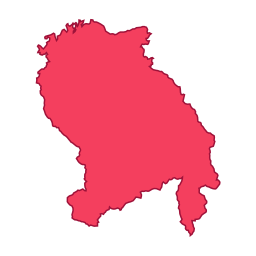 the district of Itapetininga, São Paulo, Brazil, rotated 88°
{"feature_id": "56859067B64120734896846", "entity_name": "Itapetininga", "entity_type": "district", "adm_level": 2, "iso_a3": "BRA", "parent_name": "Brazil", "parent_adm1": "São Paulo", "projection": "albers", "projection_center": [-48.114, -23.635], "detail": "fine", "context": "isolated", "style": "filled", "palette": "rose", "viewbox_px": 256, "rotation_deg": 88, "n_neighbors": 0, "source": "geoboundaries", "source_scale": "gbopen_adm2", "svg_char_len": 5790}
<svg xmlns="http://www.w3.org/2000/svg" viewBox="0 0 256 256"><g transform="rotate(88 128 128)"><path d="M237.6,69.5L236.1,67.5L234.8,67.0L233.4,65.8L230.8,65.3L228.7,66.2L227.1,66.3L225.6,66.9L222.8,67.3L223.1,64.1L221.7,64.1L221.5,61.2L221.0,59.7L217.5,57.2L215.9,54.9L214.9,53.1L213.7,52.6L212.2,52.8L211.1,53.8L207.9,54.5L205.6,52.0L203.9,51.9L202.7,52.8L201.7,53.4L198.4,54.3L197.3,56.5L195.3,59.0L194.2,59.1L192.3,58.9L190.7,59.2L190.5,58.1L189.5,57.2L189.1,56.2L188.8,54.5L187.8,52.6L189.1,51.2L189.8,49.0L190.7,47.4L191.5,45.4L191.8,44.1L191.9,42.5L190.7,41.2L187.2,38.4L185.3,38.1L184.0,38.9L182.9,40.1L183.0,41.4L178.5,39.8L177.1,40.4L175.0,43.1L173.3,43.4L172.0,43.5L169.2,44.9L168.0,46.2L166.7,46.7L163.8,46.4L162.3,47.2L160.8,47.4L157.9,47.2L156.7,47.5L155.3,46.7L153.4,46.8L151.7,47.4L150.2,46.8L149.2,43.4L147.7,42.8L144.4,41.7L143.4,42.4L140.2,42.0L138.8,42.2L137.2,44.7L136.0,45.8L135.8,47.7L134.8,49.4L133.1,50.5L132.0,51.5L129.4,53.0L127.8,54.6L125.6,54.9L124.8,55.9L124.6,57.1L123.7,58.0L119.7,58.1L117.8,58.6L115.7,60.2L114.1,59.9L111.9,60.9L111.2,62.5L109.7,63.9L108.4,64.6L106.2,65.3L106.3,67.9L105.6,70.1L103.2,72.1L96.7,70.4L96.2,71.5L96.7,72.6L96.3,73.7L94.2,74.3L90.7,74.4L88.7,74.7L88.5,76.6L86.2,79.4L84.0,80.8L82.4,81.2L80.8,82.3L79.5,85.3L78.3,86.5L77.0,86.4L76.1,87.2L75.3,89.5L74.5,90.7L73.6,91.4L72.7,92.4L72.7,93.8L71.7,96.3L71.4,97.9L70.6,100.8L69.3,102.4L67.2,104.4L66.7,102.7L65.3,102.6L65.2,101.3L63.8,101.1L62.6,102.0L59.8,101.7L59.3,100.3L58.5,101.1L58.7,102.5L59.6,104.0L59.9,105.9L58.3,106.3L57.2,107.9L57.6,109.2L56.5,110.1L54.0,110.0L53.0,109.5L51.3,109.2L49.9,109.3L49.2,110.3L47.5,111.2L47.3,112.6L46.2,112.0L44.7,110.9L45.1,109.2L44.7,108.0L45.1,105.4L44.3,104.7L41.7,103.7L41.7,105.5L40.6,106.6L39.1,106.8L39.0,105.3L37.2,103.9L36.0,103.4L34.6,101.6L33.6,103.4L34.0,105.2L32.0,105.6L30.6,105.0L29.6,105.3L28.0,106.1L27.2,108.3L27.2,110.0L27.8,111.7L28.1,116.1L29.2,117.9L29.2,119.8L30.8,122.9L30.6,125.1L31.6,126.6L32.0,129.0L31.9,132.4L32.5,133.9L34.0,136.3L34.3,138.0L33.6,138.9L33.3,140.3L33.5,142.5L30.5,146.9L26.8,148.1L25.3,148.8L23.2,151.7L21.5,154.7L20.9,156.3L21.0,157.6L20.3,158.9L18.8,159.4L18.5,161.3L21.8,162.1L22.8,163.4L22.3,166.3L22.6,167.5L23.3,168.9L25.1,170.5L23.0,171.1L22.2,169.8L21.0,169.1L19.0,168.5L20.1,171.9L18.7,172.0L18.4,173.2L20.7,173.3L23.2,174.1L24.5,174.9L23.3,175.5L21.6,175.6L20.9,176.4L21.8,177.7L23.6,176.7L25.1,176.7L26.6,177.6L26.8,178.8L25.3,179.7L23.5,179.8L22.3,178.7L21.3,179.3L22.4,180.1L24.2,182.5L23.4,184.1L21.7,184.5L22.2,185.5L23.6,186.3L25.5,185.5L28.5,184.8L30.0,185.9L27.2,188.4L28.0,190.2L31.8,192.0L32.9,192.8L33.8,195.4L36.6,195.2L38.1,196.4L33.8,197.8L31.5,198.0L30.7,199.1L32.2,201.8L33.5,207.1L34.3,208.0L35.8,207.7L36.0,206.0L34.3,205.0L35.3,203.1L36.6,203.1L38.4,203.7L39.1,205.4L39.9,206.4L41.0,205.9L42.2,206.4L46.0,209.7L45.0,211.0L43.5,212.2L42.5,213.4L42.0,214.6L43.2,215.5L45.7,213.9L47.3,214.0L48.3,215.0L49.5,215.5L49.6,213.3L51.1,213.5L51.8,212.3L52.1,211.1L51.3,209.6L51.3,208.4L49.8,206.9L51.6,205.8L52.5,207.2L54.1,207.4L55.1,206.4L57.7,205.1L58.9,204.1L59.4,206.0L60.2,207.2L61.4,206.5L62.5,207.3L64.0,207.6L64.9,209.0L66.3,210.2L66.0,211.9L66.7,213.1L69.1,216.1L70.5,215.9L70.5,214.3L73.2,215.0L74.6,216.3L74.9,217.5L76.9,217.4L79.7,217.9L80.5,215.3L82.3,214.4L83.2,213.4L85.1,213.9L86.6,213.4L87.8,214.4L90.4,214.3L92.0,213.5L93.9,211.3L96.8,210.3L100.3,210.8L102.3,210.6L105.8,211.7L107.3,211.1L111.5,209.9L114.3,208.2L115.5,207.0L115.7,205.7L117.0,204.8L118.8,203.9L120.8,203.4L122.5,203.3L123.5,202.9L123.9,201.7L123.8,200.5L125.2,199.2L125.2,197.4L126.8,196.8L128.2,196.5L129.0,195.3L130.5,194.3L132.6,192.4L133.9,190.4L135.2,189.1L137.9,187.1L138.7,186.4L139.9,185.7L141.0,183.9L144.1,180.4L144.8,179.2L145.1,177.7L147.7,176.3L148.8,176.3L150.5,177.3L151.8,177.6L153.2,177.2L154.6,178.0L155.3,179.6L156.8,180.6L157.9,179.8L159.0,179.3L160.8,178.0L162.3,176.1L162.9,174.7L163.0,173.4L163.3,172.3L164.7,171.9L166.2,172.5L168.1,171.2L169.3,171.7L171.1,171.7L172.8,172.7L175.1,172.9L176.5,172.7L177.3,173.5L179.1,172.3L179.9,171.3L181.6,173.1L184.1,173.1L185.8,172.9L187.7,172.1L189.3,172.2L189.1,173.4L187.4,175.3L188.8,178.6L188.4,180.3L189.5,181.4L191.1,184.6L192.5,185.4L193.3,186.9L193.6,188.3L194.3,189.6L195.5,191.0L199.6,191.2L201.3,190.1L202.9,188.7L204.0,186.7L206.1,185.8L208.2,185.7L209.9,186.1L212.8,187.0L214.7,186.6L215.9,187.0L217.1,185.6L217.9,184.4L218.0,182.9L219.0,180.5L219.2,179.2L220.0,177.8L220.2,176.2L221.0,174.2L222.4,173.3L222.7,171.9L224.6,170.3L223.7,168.7L224.9,165.3L224.8,161.9L221.6,161.8L221.1,160.6L218.8,161.8L216.1,159.5L215.3,158.5L214.1,158.3L213.0,158.6L212.7,157.0L213.4,155.5L212.0,154.6L211.3,153.5L210.1,152.8L209.3,151.5L208.8,149.8L206.3,149.2L207.6,148.0L208.2,146.6L208.5,145.0L208.4,143.7L207.6,141.1L208.5,139.3L209.9,138.8L209.4,137.6L208.0,137.3L207.5,136.3L204.6,134.1L203.2,132.8L202.2,129.8L201.8,127.9L200.8,125.4L199.5,124.2L197.4,122.5L197.6,121.0L198.5,117.6L196.6,117.0L195.1,116.9L192.6,117.9L191.7,116.2L191.9,114.4L191.4,112.4L191.8,110.7L191.8,109.4L190.0,106.1L189.4,104.1L189.6,101.7L191.1,98.2L190.1,97.7L188.2,96.4L187.0,96.2L184.4,95.6L183.2,94.6L184.9,92.5L184.3,91.1L180.7,88.5L181.2,87.2L180.9,86.0L179.7,84.8L179.3,83.1L180.4,81.6L180.9,79.9L180.3,78.7L180.4,76.9L179.1,75.3L180.8,75.5L183.1,76.2L186.7,78.3L187.5,79.5L190.2,79.6L192.2,80.1L193.8,81.7L195.5,82.1L197.5,81.3L199.0,81.1L201.3,81.2L202.3,80.6L203.3,79.6L204.9,79.8L206.5,79.3L207.7,79.9L209.8,80.4L211.0,79.6L212.1,79.3L215.6,79.1L219.6,77.9L221.0,77.2L222.7,78.2L223.5,79.0L225.7,77.1L227.5,74.1L229.0,73.8L230.2,74.1L231.3,73.7L232.2,72.8L232.4,71.3L234.2,70.9L235.9,69.5L237.6,69.5ZM26.6,177.6L27.9,176.7L29.7,177.6L31.0,179.3L29.3,179.2L28.0,177.9L26.6,177.6Z" fill="#f43f5e" stroke="#9f1239" stroke-width="1.5"/></g></svg>